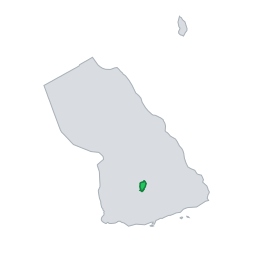 location of Sirwah, Ma'rib, Yemen, rotated 260°
{"feature_id": "15242507B46939016303647", "entity_name": "Sirwah", "entity_type": "district", "adm_level": 2, "iso_a3": "YEM", "parent_name": "Yemen", "parent_adm1": "Ma'rib", "projection": "equal_earth", "projection_center": [45.022, 15.441], "detail": "fine", "context": "in_parent", "style": "filled", "palette": "green", "viewbox_px": 256, "rotation_deg": 260, "n_neighbors": 0, "source": "geoboundaries", "source_scale": "gbopen_adm2", "svg_char_len": 3875}
<svg xmlns="http://www.w3.org/2000/svg" viewBox="0 0 256 256"><g transform="rotate(260 128 128)"><path d="M203.8,105.3L195.4,109.3L193.2,111.1L191.2,113.3L189.7,116.1L188.7,120.9L189.5,125.3L189.5,127.7L187.3,129.3L185.3,130.4L183.0,132.2L181.7,132.6L180.6,134.0L179.3,134.9L174.5,137.4L169.4,139.4L161.2,141.7L158.1,144.2L155.2,145.9L150.8,146.4L144.8,148.8L141.4,150.8L137.3,153.9L136.4,154.9L135.7,157.2L134.4,159.1L131.9,162.4L130.0,164.1L128.8,164.2L126.3,165.1L123.5,165.3L118.6,164.1L117.4,164.9L116.3,166.2L112.6,168.4L108.8,172.9L106.0,174.1L101.5,175.5L98.4,177.4L96.3,178.1L93.5,178.5L88.5,178.3L83.7,179.0L79.3,180.2L77.2,182.6L74.8,186.4L70.9,188.0L70.0,189.3L68.8,192.1L66.3,192.8L64.0,193.3L61.7,192.1L57.3,195.5L55.6,196.0L53.1,196.2L51.3,196.9L50.1,196.7L48.5,195.3L45.1,193.8L42.6,194.8L42.4,191.6L38.3,181.9L39.2,173.4L39.2,172.2L38.4,168.4L35.9,165.0L36.0,160.6L35.2,157.5L34.6,154.3L34.8,153.4L34.8,152.6L33.6,147.7L33.2,146.7L33.0,145.7L33.4,144.9L33.4,143.9L32.8,142.4L32.1,139.5L28.7,137.3L29.4,135.2L30.1,135.9L30.9,136.5L31.1,135.2L31.1,134.1L29.8,127.7L31.9,119.2L31.2,111.5L34.4,108.4L35.2,107.5L35.6,106.7L36.4,105.0L37.4,104.4L37.8,102.5L37.7,101.6L37.1,100.8L36.6,98.7L36.8,96.0L36.9,94.8L37.3,92.8L38.4,92.0L38.6,91.4L37.8,90.1L37.9,89.3L39.7,87.1L40.5,86.4L41.7,85.8L42.6,85.8L43.7,86.2L44.7,86.8L45.6,87.9L46.6,89.2L48.1,89.6L49.2,89.5L50.0,90.1L50.7,89.8L51.6,89.1L52.9,89.2L54.0,88.4L57.4,88.1L60.6,88.3L63.9,87.7L67.3,87.7L70.6,87.8L71.4,87.9L72.1,88.2L75.0,90.2L77.1,90.6L81.5,91.1L86.1,91.7L90.1,92.2L93.5,91.7L96.3,91.3L97.1,91.4L97.9,92.6L99.7,95.6L101.3,98.4L104.1,98.6L105.9,97.5L107.9,96.0L109.1,94.9L110.4,90.3L111.3,87.3L113.4,84.0L115.1,81.2L117.4,77.5L118.7,75.4L121.2,71.4L123.5,69.8L128.2,66.8L132.7,63.8L135.6,61.8L138.1,61.0L142.3,60.2L147.3,59.3L152.2,58.4L157.5,57.4L163.4,56.4L167.4,55.7L172.5,54.7L176.8,54.0L180.6,53.3L184.5,52.6L185.2,54.8L186.0,57.0L186.8,59.3L187.5,61.5L188.3,63.7L189.1,66.0L189.9,68.2L190.6,70.5L191.4,72.7L192.2,75.0L193.0,77.2L193.7,79.4L194.5,81.7L195.3,83.9L196.0,86.2L196.8,88.4L197.6,90.6L198.8,91.4L199.5,93.4L200.6,96.4L201.6,99.4L202.7,102.3L203.8,105.3ZM216.4,196.2L217.4,196.5L219.0,195.7L223.6,195.6L229.1,198.1L228.0,198.8L227.4,199.7L225.0,200.5L222.7,202.5L215.7,203.4L213.7,202.9L212.0,201.0L208.9,198.6L210.1,197.0L210.3,196.3L210.8,195.6L212.5,194.4L214.3,194.6L216.4,196.2ZM30.8,165.9L30.6,166.3L30.3,166.2L29.3,165.0L30.4,163.7L31.0,164.9L30.8,165.9ZM27.6,135.7L27.1,136.2L26.9,135.3L27.3,133.3L27.8,132.8L28.2,134.2L28.0,135.0L27.6,135.7ZM30.3,171.9L29.2,172.6L29.9,170.8L30.7,170.5L30.9,170.5L30.3,171.9Z" fill="#d9dde1" stroke="#a8b0b8" stroke-width="1"/><path d="M64.9,133.2L65.4,133.2L65.4,133.3L66.0,133.6L66.3,134.0L66.8,134.5L67.1,134.7L67.5,134.9L67.6,135.0L68.7,135.4L69.6,136.0L69.9,136.1L70.0,136.2L70.3,136.2L70.5,136.0L70.5,135.9L71.0,135.8L71.3,135.8L71.7,135.7L71.9,135.6L72.0,135.6L72.2,135.4L72.3,135.4L72.5,135.3L72.5,135.2L72.8,135.1L73.0,135.0L73.1,134.9L73.2,134.7L73.1,134.4L72.9,134.3L72.9,134.2L72.7,134.1L72.6,133.9L72.4,133.8L72.4,133.7L72.2,133.6L72.2,133.4L72.2,133.2L72.2,132.9L72.2,132.7L72.2,132.4L72.2,132.2L72.2,131.9L72.1,131.7L72.1,131.4L72.0,131.2L71.9,131.1L71.9,130.9L71.8,130.7L71.7,130.6L71.5,130.4L71.4,130.4L71.2,130.3L71.1,130.2L70.9,130.2L70.7,130.2L70.4,130.1L70.2,130.1L69.9,130.0L69.7,129.9L69.3,129.8L68.7,129.7L68.4,129.5L68.2,129.5L67.9,129.6L67.7,129.6L67.4,129.5L67.2,129.5L66.9,129.6L66.7,129.6L66.4,129.7L66.2,129.6L65.9,129.7L65.8,129.8L65.7,129.8L65.6,130.0L65.4,130.0L64.5,129.0L64.0,129.8L63.8,130.0L63.6,130.2L63.3,130.5L63.1,130.6L63.1,130.8L63.3,130.8L63.5,130.8L63.5,131.0L63.5,131.3L63.5,131.5L63.6,131.8L63.7,131.7L63.8,131.6L64.0,131.5L64.1,131.8L64.2,132.0L64.3,132.1L64.4,132.3L64.5,132.3L64.7,132.5L64.8,132.7L64.8,132.8L64.9,133.0L64.9,133.2Z" fill="#22c55e" stroke="#15803d" stroke-width="1.5"/></g></svg>